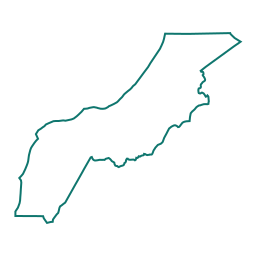 outline of Urucurituba, Amazonas, Brazil
{"feature_id": "56859067B45794754375958", "entity_name": "Urucurituba", "entity_type": "district", "adm_level": 2, "iso_a3": "BRA", "parent_name": "Brazil", "parent_adm1": "Amazonas", "projection": "orthographic", "projection_center": [-57.737, -2.835], "detail": "fine", "context": "isolated", "style": "outline", "palette": "teal", "viewbox_px": 256, "rotation_deg": 0, "n_neighbors": 0, "source": "geoboundaries", "source_scale": "gbopen_adm2", "svg_char_len": 3606}
<svg xmlns="http://www.w3.org/2000/svg" viewBox="0 0 256 256"><path d="M205.8,66.8L234.0,46.3L238.8,43.0L240.6,41.7L234.6,38.0L231.4,34.9L230.4,33.8L230.2,33.1L188.0,33.9L166.3,33.7L165.1,33.7L164.0,38.8L163.1,41.9L161.4,45.8L160.7,47.2L160.1,48.6L157.9,51.9L152.6,59.8L150.4,63.1L148.1,67.0L144.4,71.9L143.8,72.7L139.6,78.4L138.4,80.0L135.3,84.2L134.1,85.2L133.3,85.8L132.5,86.7L131.7,87.8L131.0,88.5L130.1,89.4L127.9,91.1L124.7,93.8L123.9,94.6L123.2,95.6L122.0,97.2L119.8,99.3L118.1,101.2L116.9,102.3L114.0,103.9L111.5,105.1L110.2,105.7L108.9,106.2L108.2,106.9L107.0,107.6L105.5,108.4L104.0,108.7L102.3,108.8L100.5,108.7L99.0,108.3L98.0,108.1L96.9,107.7L93.9,107.1L92.4,107.3L89.3,107.9L88.5,108.2L87.6,108.5L85.8,108.7L84.0,108.8L81.5,111.8L79.7,113.5L78.8,114.4L76.7,116.3L73.8,118.5L71.5,119.4L65.5,120.7L63.2,120.4L58.7,121.0L55.6,121.0L53.4,121.2L51.3,122.1L48.7,123.2L45.9,124.5L44.4,126.2L42.7,127.3L40.9,128.7L38.3,130.3L35.9,134.1L38.0,138.8L36.2,140.6L34.4,142.9L33.3,144.5L32.0,146.4L31.0,148.1L30.3,150.0L29.0,155.0L28.7,157.0L28.4,159.4L28.1,161.4L27.5,163.5L26.6,165.9L25.2,169.3L23.0,173.9L21.4,175.8L19.3,178.0L21.0,180.4L21.3,182.6L21.0,187.0L20.8,189.8L20.6,193.4L20.3,197.1L20.1,200.3L19.6,203.1L18.7,205.6L17.9,207.7L16.5,209.8L15.4,211.5L15.4,216.0L37.5,216.1L43.1,216.2L43.8,218.3L45.1,220.2L47.0,222.9L50.6,222.0L52.7,221.8L53.0,219.5L54.1,217.9L56.7,214.4L58.2,212.9L58.9,210.3L59.4,208.0L60.1,206.4L61.7,205.3L63.3,204.0L65.2,202.6L75.7,183.9L77.2,181.3L82.6,171.7L83.9,169.3L90.7,157.4L91.8,157.0L92.3,158.2L92.8,159.1L93.5,159.9L94.5,160.4L95.3,160.5L96.4,160.4L97.1,160.3L98.3,160.1L99.1,159.9L100.1,159.8L101.1,159.9L102.1,159.9L103.3,159.8L104.6,159.9L105.6,158.9L106.5,158.6L107.6,158.3L108.7,158.0L109.5,158.6L110.2,159.1L110.9,159.9L111.8,161.1L112.8,161.7L113.7,162.2L114.3,162.6L114.5,164.0L115.0,165.0L115.3,165.6L116.4,166.0L117.4,166.1L117.9,166.7L118.8,167.1L120.0,166.4L121.0,166.0L122.2,165.7L122.9,165.5L123.8,164.9L124.2,164.0L124.4,163.1L125.4,162.5L125.9,161.4L126.0,160.4L126.3,159.6L126.9,158.7L127.8,158.7L128.4,159.5L129.2,159.6L129.9,159.8L131.3,159.7L132.6,159.6L133.8,159.6L134.9,160.3L135.6,159.9L135.9,159.2L136.2,158.6L136.3,157.8L137.2,158.0L138.1,157.5L138.4,156.7L138.9,156.2L139.6,156.6L140.3,156.5L141.0,155.9L142.1,155.5L143.3,155.3L144.0,154.8L144.1,153.9L145.2,154.1L146.3,154.8L147.2,155.1L148.0,154.9L149.0,154.9L149.9,154.5L150.9,154.6L151.7,154.5L152.3,153.8L152.9,152.4L153.4,150.9L153.8,150.1L154.4,149.2L155.0,148.4L155.3,147.7L155.8,147.2L156.7,146.2L157.4,145.4L157.9,144.9L160.9,143.7L161.4,143.2L162.2,142.5L162.7,141.9L163.0,141.1L164.2,137.8L166.6,133.4L167.6,131.4L168.5,129.7L169.1,128.5L170.3,127.6L171.1,126.9L172.1,126.3L173.1,125.8L174.3,125.3L175.3,125.3L176.5,125.8L177.4,126.4L178.0,127.1L178.9,127.0L179.6,126.4L180.1,125.8L180.9,124.7L181.6,123.8L182.4,122.8L183.3,122.2L184.5,121.7L186.4,121.3L188.1,121.2L189.6,121.1L190.0,117.0L190.7,113.3L192.1,111.6L194.5,109.5L195.5,108.3L196.4,107.2L197.6,106.3L199.1,105.4L200.0,105.4L201.7,104.8L203.7,104.2L205.4,104.1L207.4,104.2L208.4,103.9L208.5,102.5L208.8,101.4L208.6,99.3L208.5,97.8L208.4,96.7L207.9,95.9L207.4,95.4L206.8,96.3L205.8,96.7L205.4,96.1L204.8,95.0L203.7,93.5L202.3,92.7L201.5,92.7L200.9,93.2L200.1,93.5L198.8,93.1L198.5,92.1L198.3,90.0L198.7,88.5L199.8,88.2L200.6,87.7L200.9,86.9L200.7,85.3L200.9,84.4L201.9,83.3L202.5,82.4L203.2,81.8L203.9,81.4L204.5,81.0L205.0,80.4L205.1,79.5L204.7,78.3L203.8,76.7L203.2,76.0L202.7,75.1L203.5,74.2L203.4,72.9L203.1,72.1L202.4,71.7L201.3,71.8L200.7,70.8L205.8,66.8Z" fill="none" stroke="#0f766e" stroke-width="2"/></svg>